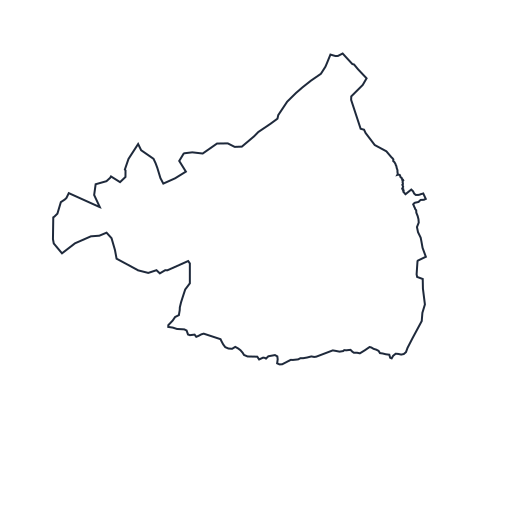 outline of Dass, Bauchi, Nigeria, rotated 155°
{"feature_id": "59680162B55124041708975", "entity_name": "Dass", "entity_type": "district", "adm_level": 2, "iso_a3": "NGA", "parent_name": "Nigeria", "parent_adm1": "Bauchi", "projection": "albers", "projection_center": [9.466, 10.009], "detail": "fine", "context": "isolated", "style": "outline", "palette": "slate", "viewbox_px": 512, "rotation_deg": 155, "n_neighbors": 0, "source": "geoboundaries", "source_scale": "gbopen_adm2", "svg_char_len": 3566}
<svg xmlns="http://www.w3.org/2000/svg" viewBox="0 0 512 512"><g transform="rotate(155 256 256)"><path d="M259.0,144.6L256.3,143.4L252.6,142.4L248.3,141.6L245.9,139.9L244.0,139.3L226.3,138.0L223.7,136.2L220.7,134.0L217.2,133.0L215.8,133.4L214.1,132.4L212.3,131.8L210.0,131.0L209.1,128.5L208.2,127.0L205.4,125.7L203.0,123.9L200.3,124.2L196.9,124.6L195.2,124.9L194.0,125.1L191.5,125.5L190.1,124.3L188.7,122.2L186.6,120.3L185.0,118.2L184.7,115.6L182.5,114.2L179.9,112.1L176.9,110.2L177.4,107.1L176.3,105.9L173.9,107.6L170.7,108.4L168.4,107.1L166.1,105.3L163.5,104.7L160.7,105.5L157.5,108.7L148.7,115.5L133.3,127.0L129.2,134.2L123.4,140.7L118.5,155.9L114.6,164.7L118.8,168.9L118.2,171.5L111.8,183.1L111.3,183.4L105.5,183.5L102.4,183.5L101.6,193.0L100.0,199.0L99.0,203.0L99.1,209.1L97.9,214.2L94.4,217.5L93.2,220.7L92.6,223.9L92.4,227.5L91.5,229.7L91.9,231.5L91.7,232.6L91.8,233.7L91.7,234.9L91.7,236.4L90.6,236.9L89.4,237.1L87.3,236.6L85.8,236.3L84.3,236.9L83.0,237.2L81.8,236.7L80.1,236.0L78.0,236.0L78.0,238.4L78.0,242.0L79.5,242.2L80.4,242.4L81.4,242.4L82.9,242.7L84.1,243.2L85.4,243.8L86.2,245.5L86.3,246.3L86.3,247.2L86.3,248.3L86.6,248.8L86.8,249.6L87.2,250.6L94.4,248.8L94.7,249.6L94.8,250.4L95.3,251.5L95.1,252.1L94.7,252.5L95.1,253.1L94.6,253.5L94.3,254.2L95.1,255.2L94.8,255.5L94.3,255.7L93.9,256.2L93.4,256.5L93.3,257.5L93.3,258.5L92.9,258.5L92.5,259.1L92.2,259.7L92.1,260.6L91.6,261.1L91.5,261.6L91.5,262.4L91.1,262.7L90.6,262.6L90.6,263.0L90.7,263.3L91.1,263.7L91.2,264.2L91.0,264.7L91.0,265.4L91.6,266.1L91.7,266.8L91.5,267.5L91.5,268.8L92.9,269.7L93.6,269.8L93.2,270.1L92.8,270.7L92.5,271.4L92.3,272.5L91.8,273.2L91.6,274.0L91.4,274.7L91.4,275.7L91.2,276.5L91.1,277.2L90.8,278.1L90.9,279.1L90.7,280.5L90.8,281.6L90.9,282.7L91.2,283.3L91.5,284.0L91.1,284.8L90.7,285.5L91.0,287.0L91.5,288.1L93.6,295.8L101.5,306.4L104.7,321.2L104.7,324.8L107.4,327.1L103.8,357.3L102.2,360.4L87.0,365.9L80.7,370.3L84.6,382.0L86.2,388.1L87.6,389.3L91.9,402.9L97.2,402.7L99.2,403.5L100.0,404.1L102.4,406.2L103.4,407.1L107.4,403.4L110.2,400.8L113.1,398.2L120.2,393.7L132.1,391.7L142.6,389.2L150.7,386.9L162.5,382.7L176.3,374.3L178.5,371.4L187.0,369.7L201.5,367.4L207.1,365.3L222.6,361.1L229.2,363.9L234.0,370.0L243.8,374.4L261.0,371.4L269.8,376.8L270.3,377.0L270.9,377.2L277.6,379.4L278.4,379.3L285.4,374.6L283.9,362.1L296.5,360.6L309.4,360.8L309.7,367.0L308.2,377.5L307.8,382.5L307.8,387.4L315.4,400.4L315.5,407.3L330.5,397.9L338.3,389.8L338.1,388.7L340.9,382.8L348.0,380.4L353.8,389.4L355.1,388.5L359.9,387.0L371.0,388.8L376.9,379.7L376.9,366.8L376.9,366.3L377.0,366.4L399.1,392.1L403.3,388.7L405.4,388.0L410.1,387.3L418.1,378.3L422.1,376.9L423.4,376.7L432.9,357.1L434.0,352.8L430.7,340.4L414.7,344.0L397.3,343.6L389.4,340.6L381.6,340.3L379.4,333.2L381.3,321.0L383.5,312.5L369.0,293.0L369.0,292.9L360.8,286.2L352.2,285.2L350.5,280.9L344.3,281.5L342.4,280.5L319.6,280.1L319.1,277.2L327.5,259.2L332.0,256.8L334.3,255.6L340.1,249.4L343.5,245.7L346.7,241.7L348.0,239.2L350.9,235.0L355.1,234.9L358.8,232.7L364.7,230.4L365.5,228.8L361.7,226.3L358.5,223.3L352.0,219.8L350.4,217.8L350.6,215.6L350.8,213.6L349.4,212.2L344.9,210.7L344.3,208.0L341.9,207.9L338.6,208.1L336.2,207.7L323.3,195.6L323.3,193.2L323.1,189.8L322.4,186.4L320.1,183.8L316.9,182.0L313.2,182.4L311.3,179.8L309.9,177.2L309.0,174.0L308.7,171.4L306.1,168.5L299.4,165.2L297.4,164.2L296.9,160.9L292.5,160.9L290.9,159.8L290.3,158.8L287.2,159.9L280.7,158.2L279.1,156.0L280.0,153.2L282.2,149.8L280.5,147.8L278.0,146.8L268.5,147.2L266.2,146.1L261.5,144.5L259.0,144.6Z" fill="none" stroke="#1e293b" stroke-width="2"/></g></svg>